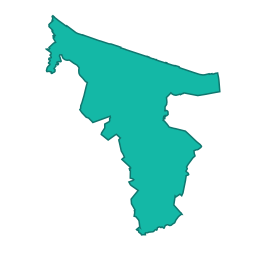 Krimūnu pag., Dobele, Latvia (Albers equal-area conic projection), rotated 5°
{"feature_id": "27541924B60795581291869", "entity_name": "Krimūnu pag.", "entity_type": "district", "adm_level": 2, "iso_a3": "LVA", "parent_name": "Latvia", "parent_adm1": "Dobele", "projection": "albers", "projection_center": [23.378, 56.558], "detail": "fine", "context": "isolated", "style": "filled", "palette": "teal", "viewbox_px": 256, "rotation_deg": 5, "n_neighbors": 0, "source": "geoboundaries", "source_scale": "gbopen_adm2", "svg_char_len": 5458}
<svg xmlns="http://www.w3.org/2000/svg" viewBox="0 0 256 256"><g transform="rotate(5 128 128)"><path d="M147.9,230.9L150.2,232.3L150.8,233.3L152.8,232.9L154.6,232.8L154.3,231.4L154.6,231.0L154.8,230.9L156.4,230.7L158.3,229.8L158.7,229.8L160.7,229.4L161.8,229.2L162.4,228.9L162.7,228.7L163.4,227.6L164.4,226.8L165.3,227.2L165.5,227.2L165.8,226.5L165.9,226.0L165.9,225.3L165.9,225.0L166.1,224.7L167.9,223.7L168.5,223.8L169.0,224.2L169.4,224.3L169.6,224.3L170.0,223.9L170.3,223.7L170.8,223.7L171.2,223.9L172.1,224.6L172.8,224.5L173.4,222.5L173.7,222.0L173.9,221.8L175.2,221.0L176.0,220.9L178.1,221.5L179.2,221.2L179.6,221.0L180.9,219.7L182.7,218.4L182.9,218.0L183.8,215.4L185.9,212.0L186.9,210.9L188.1,209.8L188.9,209.3L189.3,209.3L188.3,208.0L187.6,207.6L180.4,200.8L180.4,199.6L180.9,191.7L181.7,192.5L185.5,189.4L187.4,190.8L188.4,187.9L189.7,176.4L189.8,175.7L190.1,170.4L190.3,170.3L192.3,169.4L192.5,168.9L191.9,167.8L189.5,166.1L189.4,165.9L190.6,163.5L190.6,163.4L190.5,163.1L189.7,161.8L191.1,158.9L195.3,152.0L196.9,150.4L197.2,150.0L196.2,147.6L195.7,145.0L197.7,143.8L199.0,143.6L199.8,143.2L202.3,141.0L202.8,139.8L201.4,138.3L197.6,135.7L188.4,128.4L185.4,126.1L174.6,124.4L174.4,124.5L168.9,123.5L166.7,120.9L163.6,117.9L162.5,117.4L162.7,117.2L162.5,116.5L162.5,116.2L162.9,115.8L163.8,115.6L163.9,115.4L163.8,115.2L163.5,115.0L163.0,115.0L162.7,115.3L162.4,115.3L162.4,114.9L162.6,114.7L162.6,113.4L162.7,113.2L162.9,113.2L163.1,113.2L163.5,113.5L163.7,113.8L163.9,113.8L164.1,113.7L164.3,113.2L163.8,112.7L163.7,112.5L163.8,112.3L164.4,112.2L165.1,112.4L165.4,112.4L166.6,111.2L166.8,110.7L166.6,110.1L166.5,108.9L166.4,108.4L166.1,107.9L165.2,107.3L164.8,107.2L164.3,107.2L163.5,107.6L163.4,107.7L163.2,107.5L163.3,106.9L163.3,106.4L163.1,104.3L163.1,103.5L164.4,101.2L164.4,100.2L164.4,99.9L164.5,99.4L164.4,98.3L163.7,94.4L163.7,94.2L166.5,90.8L167.1,90.0L167.6,89.2L168.4,89.7L168.8,90.2L170.8,91.0L172.4,91.2L173.3,91.1L176.9,89.8L177.3,90.2L179.9,88.6L180.0,88.8L180.9,88.2L194.7,89.6L202.6,87.6L209.3,85.7L216.3,83.8L214.5,73.2L214.1,71.3L213.7,69.6L212.7,66.3L212.5,65.4L210.4,65.9L208.1,66.9L207.0,66.8L206.9,66.5L204.3,67.4L204.1,66.9L199.8,68.3L198.8,68.5L197.8,68.6L194.8,68.4L188.6,67.0L175.8,63.9L173.8,63.3L173.8,62.9L173.5,62.5L169.5,61.7L169.4,62.0L167.9,61.7L167.9,61.8L162.7,60.6L161.0,60.3L161.0,59.6L159.9,59.5L159.8,60.0L152.7,58.4L149.3,57.5L149.4,57.4L149.1,57.4L147.1,56.8L146.8,56.9L142.9,55.9L143.0,55.6L141.0,55.0L141.0,55.3L140.1,55.1L118.5,50.0L118.3,49.8L118.1,49.8L113.7,48.8L113.8,48.2L103.9,45.8L101.7,45.8L93.2,43.8L91.4,43.5L79.8,40.5L75.7,39.5L75.7,39.4L74.8,39.2L74.8,39.4L69.8,38.3L67.9,37.6L58.1,31.5L57.9,32.1L56.1,31.1L54.7,30.2L51.5,28.3L48.4,26.4L47.3,25.6L44.8,24.0L44.9,23.8L43.4,22.7L42.7,23.4L43.5,25.6L43.0,27.5L43.0,28.0L43.6,28.0L40.6,31.3L40.2,32.0L40.5,33.0L40.4,33.3L40.5,33.9L44.3,37.1L44.5,37.5L43.9,37.9L44.3,38.3L44.1,38.5L44.3,38.8L44.4,38.7L44.6,39.0L44.6,38.9L44.8,39.2L46.3,41.1L47.4,42.2L46.8,42.7L46.6,42.4L46.1,42.8L45.8,42.3L45.2,42.8L45.9,43.7L46.3,43.4L46.7,43.9L45.6,44.8L47.9,48.1L48.4,49.0L46.6,49.9L42.3,54.7L43.1,55.5L42.2,56.7L41.0,56.3L40.0,56.6L39.7,56.6L39.8,56.8L40.5,57.0L42.2,58.0L43.8,59.0L44.4,59.3L44.6,59.7L44.9,60.4L45.0,60.9L44.9,61.1L44.7,61.3L44.0,62.0L44.0,62.3L44.8,62.9L44.9,63.1L45.0,63.6L45.4,64.4L45.2,64.8L44.9,65.0L43.6,65.2L43.4,65.3L43.2,65.5L43.1,66.4L43.2,66.8L43.4,67.0L44.0,67.0L44.3,67.1L44.5,67.2L44.6,67.4L44.6,67.6L44.5,67.9L44.2,68.7L43.2,69.8L43.2,70.2L43.2,70.3L43.5,70.6L44.3,70.7L44.5,70.9L44.7,71.2L44.6,71.6L44.5,71.9L42.8,73.9L42.6,74.4L42.2,75.1L41.8,77.5L41.8,78.0L42.2,78.8L42.4,78.9L44.1,78.5L46.3,78.7L46.6,78.8L46.7,79.0L46.8,79.2L46.6,79.8L46.7,80.0L46.9,80.2L47.2,80.3L47.9,80.0L48.2,79.6L49.0,79.1L49.7,78.7L50.2,78.2L50.3,77.8L50.2,77.6L50.2,77.4L50.3,77.0L50.3,76.5L50.2,76.2L49.3,75.6L49.1,75.4L50.0,73.7L50.5,73.1L50.7,72.9L50.7,72.6L50.6,71.5L50.7,71.2L51.3,70.8L51.6,70.8L52.2,71.1L52.5,71.2L52.9,70.7L53.2,70.3L53.2,70.1L52.9,69.6L52.7,69.5L51.6,69.2L51.5,68.9L51.5,68.6L52.6,68.0L53.4,67.8L54.8,67.9L55.2,67.8L55.6,67.3L55.6,67.1L55.2,66.5L54.1,63.5L53.4,62.3L53.6,61.4L53.7,61.1L55.6,60.9L56.4,62.7L56.9,63.6L57.2,64.1L58.0,64.7L59.5,65.5L60.5,65.7L61.6,65.8L63.1,65.5L63.9,65.5L68.3,68.2L71.6,69.7L72.7,70.8L74.0,72.2L74.0,72.5L73.9,74.5L74.2,76.8L74.5,78.0L75.2,79.2L75.8,79.9L78.6,82.3L81.3,85.1L82.2,85.7L83.5,86.2L82.7,90.6L81.4,99.4L80.6,103.3L80.5,103.9L79.9,106.9L79.0,110.0L79.1,112.8L78.4,113.9L80.9,116.9L85.4,120.9L87.8,121.5L88.1,121.7L91.3,124.4L92.5,125.6L109.2,117.8L109.6,119.3L109.3,119.5L108.9,120.0L109.1,122.3L109.0,122.8L108.6,123.4L104.5,126.1L104.8,129.0L104.8,129.8L104.8,130.1L102.8,133.9L102.1,135.3L101.9,136.8L103.8,138.0L109.3,141.7L115.8,136.1L117.0,135.3L120.7,138.2L121.3,138.6L119.9,140.5L120.1,141.6L120.5,142.6L123.3,151.5L125.6,154.8L127.0,157.5L125.2,159.0L124.6,159.8L134.0,167.1L134.1,167.7L134.1,168.0L133.9,168.5L133.7,168.6L133.4,168.6L133.0,168.2L132.9,168.3L132.8,168.5L133.2,169.1L133.5,170.1L134.1,170.4L134.6,177.7L135.9,177.9L137.3,178.3L138.3,179.0L137.8,179.6L137.6,179.8L133.6,181.7L135.3,184.3L136.2,185.0L143.6,189.3L137.3,198.6L138.1,203.2L142.1,209.0L141.5,209.9L142.0,210.7L142.0,213.0L141.9,213.7L141.8,215.4L142.9,215.5L143.6,215.7L144.0,216.1L146.2,218.3L146.8,219.1L147.2,220.0L148.3,225.4L148.4,225.7L148.6,226.1L148.0,225.7L145.3,228.4L146.0,229.0L147.3,228.9L147.4,229.7L147.9,230.9Z" fill="#14b8a6" stroke="#0f766e" stroke-width="1.5"/></g></svg>